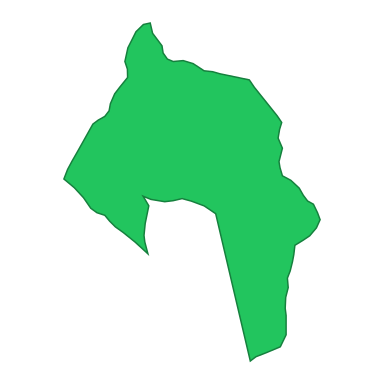 outline of Araçoiaba, Pernambuco, Brazil
{"feature_id": "56859067B21879203827187", "entity_name": "Araçoiaba", "entity_type": "district", "adm_level": 2, "iso_a3": "BRA", "parent_name": "Brazil", "parent_adm1": "Pernambuco", "projection": "mercator", "projection_center": [-35.078, -7.801], "detail": "fine", "context": "isolated", "style": "filled", "palette": "green", "viewbox_px": 384, "rotation_deg": 0, "n_neighbors": 0, "source": "geoboundaries", "source_scale": "gbopen_adm2", "svg_char_len": 1155}
<svg xmlns="http://www.w3.org/2000/svg" viewBox="0 0 384 384"><path d="M250.3,361.0L256.0,356.7L266.5,352.6L280.3,346.8L286.1,334.8L286.1,315.5L285.2,308.3L285.7,297.4L288.2,287.6L287.4,278.1L290.2,270.9L292.5,261.6L293.8,254.6L294.9,245.3L303.0,240.3L309.7,235.8L316.4,227.9L320.1,219.7L317.5,212.7L313.4,204.2L307.6,201.0L303.3,195.3L299.2,188.1L290.8,180.3L282.4,175.8L280.0,167.7L279.0,161.6L282.4,148.2L278.1,138.1L279.6,129.3L281.7,122.5L277.3,116.0L268.6,105.1L254.4,87.4L249.3,79.9L220.0,73.8L212.6,71.7L204.1,70.8L193.1,63.6L183.2,60.6L173.2,61.5L167.4,59.1L163.1,53.0L162.0,45.8L152.6,33.3L150.2,23.0L143.4,24.5L136.0,31.7L132.0,39.7L127.9,47.8L124.9,61.5L127.4,69.1L127.6,77.5L119.9,87.0L114.7,93.8L110.4,103.7L109.1,110.8L104.8,116.4L98.2,120.1L92.9,124.1L82.4,142.9L77.0,152.5L72.0,161.2L67.6,169.4L63.9,179.0L74.3,187.7L83.5,197.7L90.8,208.3L96.9,212.7L104.8,215.3L109.7,221.2L115.4,226.9L123.1,232.4L135.0,242.0L147.9,253.8L144.8,242.0L144.0,235.4L145.2,223.5L148.8,205.8L143.1,196.2L150.9,199.4L164.7,201.7L173.1,200.7L182.1,198.6L191.3,201.1L204.2,205.9L215.7,213.7L250.3,361.0Z" fill="#22c55e" stroke="#15803d" stroke-width="1.5"/></svg>